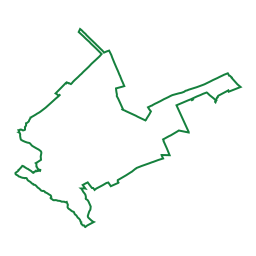 Gheraesti, Neamt, Romania (Equal Earth projection)
{"feature_id": "2599482B79916457112257", "entity_name": "Gheraesti", "entity_type": "district", "adm_level": 2, "iso_a3": "ROU", "parent_name": "Romania", "parent_adm1": "Neamt", "projection": "equal_earth", "projection_center": [26.813, 47.034], "detail": "fine", "context": "isolated", "style": "outline", "palette": "green", "viewbox_px": 256, "rotation_deg": 0, "n_neighbors": 0, "source": "geoboundaries", "source_scale": "gbopen_adm2", "svg_char_len": 5596}
<svg xmlns="http://www.w3.org/2000/svg" viewBox="0 0 256 256"><path d="M163.1,158.5L161.7,155.5L161.6,155.0L169.6,155.2L167.3,149.5L166.8,148.3L163.6,141.2L163.5,140.9L163.6,140.6L163.4,140.0L163.1,139.4L169.5,135.9L170.1,135.7L170.7,135.4L177.6,131.3L178.8,130.5L188.7,132.5L188.7,132.0L176.5,105.3L188.0,100.4L191.1,99.2L191.9,100.2L192.9,99.6L192.1,98.7L197.0,96.4L200.3,95.1L203.1,93.8L206.7,92.5L206.9,92.6L207.3,92.9L208.4,94.0L208.9,94.4L209.2,94.8L209.4,95.0L213.6,98.3L215.1,99.7L215.4,100.2L215.4,100.9L215.1,101.6L215.1,101.9L215.5,102.3L216.0,101.0L216.3,100.4L216.6,100.1L217.3,99.8L215.9,100.3L217.1,97.4L217.5,97.1L217.7,97.3L217.8,97.2L217.9,96.3L218.2,95.8L228.3,90.4L228.7,91.7L240.6,87.0L237.5,84.4L231.6,77.8L231.8,77.5L229.9,75.8L229.0,75.6L228.6,74.6L227.8,73.3L223.7,74.9L223.2,75.2L219.4,77.0L217.5,78.0L213.1,80.0L210.0,81.6L206.3,83.4L204.7,84.2L203.2,84.8L199.7,86.1L196.7,87.2L188.7,89.7L187.1,90.4L185.5,90.8L184.1,91.8L181.7,92.7L178.6,93.4L172.4,95.1L170.4,96.0L168.0,97.3L167.7,97.4L166.3,98.1L164.1,99.1L160.3,101.2L158.2,102.2L157.7,102.5L154.9,103.8L153.3,104.7L152.7,105.0L151.9,105.6L151.3,105.7L148.0,107.3L149.1,109.1L150.9,111.4L149.3,114.4L146.6,118.6L146.0,119.9L145.6,120.1L145.4,120.4L143.5,119.5L137.6,116.7L135.8,115.7L125.8,111.1L124.9,110.6L123.7,110.1L123.1,109.9L122.3,109.4L122.8,108.8L122.5,108.2L120.6,104.0L118.7,99.8L118.2,98.7L116.9,96.3L116.8,96.1L116.9,94.3L116.5,92.5L116.2,90.5L116.1,89.2L116.0,88.5L116.0,88.4L121.9,86.8L124.3,86.1L122.2,81.2L121.9,80.7L120.9,78.1L120.3,76.7L120.1,75.9L119.8,75.5L119.3,74.4L117.9,70.9L117.5,70.1L117.3,69.5L117.1,69.2L114.3,62.7L112.2,57.5L111.3,55.0L111.1,54.6L110.0,52.4L109.1,50.6L106.5,51.5L104.0,52.6L103.2,51.5L101.7,49.9L100.9,49.2L97.8,46.1L96.5,44.9L95.3,43.6L94.4,42.8L93.7,42.1L89.3,37.9L87.2,35.8L86.7,35.4L85.6,34.0L83.9,32.5L83.2,31.9L82.4,31.0L81.7,30.3L80.5,29.3L80.1,29.0L79.1,31.2L78.7,32.0L83.1,36.0L85.5,38.4L89.8,42.3L90.6,43.3L96.1,48.5L101.6,54.0L99.5,56.4L91.4,63.9L88.9,66.6L86.6,68.8L83.5,71.7L81.3,74.0L80.3,74.8L78.0,77.1L74.7,80.1L73.0,81.8L71.9,83.2L70.9,84.1L68.9,83.1L68.7,83.3L66.8,82.4L66.3,83.3L65.8,83.0L62.5,86.4L55.6,93.4L56.8,94.1L57.2,94.5L58.3,95.5L58.5,95.6L59.2,95.1L60.3,94.5L58.1,96.6L55.7,98.6L51.3,102.6L45.6,107.7L40.5,111.6L39.2,112.5L36.7,113.9L36.2,114.3L33.2,116.1L31.7,116.9L31.5,117.1L31.3,117.3L30.5,117.5L30.5,117.8L30.2,118.5L29.7,119.3L29.1,120.4L28.8,121.4L27.3,122.7L26.7,123.1L26.0,123.3L26.1,124.2L26.1,125.3L25.8,126.0L25.4,126.4L25.2,126.7L25.0,126.9L24.9,127.1L25.1,127.4L25.0,127.8L25.0,128.1L25.0,129.4L25.0,129.6L24.9,129.8L23.7,130.3L23.1,130.4L22.5,130.3L21.7,129.7L21.1,129.6L20.6,129.7L20.4,129.7L20.2,129.6L19.9,129.9L19.2,130.1L18.5,130.2L19.0,131.2L19.4,132.4L18.9,132.5L19.7,133.0L19.9,133.4L20.2,134.4L20.1,135.3L20.2,136.6L20.7,139.1L21.1,139.8L22.8,140.8L25.1,141.8L27.4,142.6L28.6,142.8L29.4,143.0L30.1,143.5L31.9,145.6L32.6,146.1L36.5,148.4L38.6,149.5L39.8,150.4L40.8,151.2L41.3,152.2L41.3,153.4L40.7,156.4L41.0,159.8L37.7,162.0L35.8,163.1L36.4,163.6L36.4,164.6L36.4,165.6L36.4,166.6L36.5,166.8L36.9,167.0L37.3,168.0L38.1,169.0L38.3,169.2L38.2,169.3L38.4,169.4L38.8,169.6L39.5,169.7L39.8,169.8L40.3,169.9L40.3,170.1L40.0,170.9L39.5,170.7L38.8,170.6L38.3,170.9L37.3,171.1L36.6,171.1L36.2,171.3L35.8,170.8L34.3,172.0L33.9,172.0L33.5,172.8L32.9,172.7L31.1,171.0L28.8,169.6L28.6,169.4L27.9,168.9L27.6,168.9L26.5,168.3L24.9,167.2L24.6,167.2L24.3,167.0L24.1,166.6L23.6,166.3L22.6,165.9L22.3,165.9L22.2,166.3L21.5,166.9L20.7,167.9L19.6,169.0L19.1,169.7L18.5,169.9L18.4,170.0L18.4,170.6L17.6,171.4L15.7,172.7L15.4,173.1L15.7,174.3L16.6,174.9L17.7,175.4L18.7,176.4L20.0,176.8L21.0,177.3L22.6,177.8L24.4,178.0L24.7,178.1L24.8,178.2L25.5,178.0L26.0,178.0L26.3,178.1L26.7,178.3L27.4,179.7L27.8,180.2L28.2,180.6L30.3,181.9L30.8,182.3L31.7,183.3L32.2,183.6L33.0,183.9L33.2,184.0L33.5,184.7L34.7,184.8L35.6,185.3L36.0,185.7L36.8,186.5L37.5,187.4L37.9,187.6L38.4,188.1L39.2,188.5L41.1,190.5L41.5,190.7L42.2,190.9L42.6,191.0L43.6,190.9L43.8,191.0L44.6,191.5L44.9,191.8L45.0,192.1L45.1,192.3L45.6,192.4L46.3,192.8L47.2,193.2L48.8,194.3L50.4,195.2L50.8,195.6L50.9,195.8L51.1,196.3L51.3,197.1L50.8,197.5L50.6,197.9L50.6,198.2L50.9,198.5L52.2,199.3L52.9,199.9L53.6,200.2L54.2,200.2L55.8,200.1L57.1,200.4L57.7,200.7L59.9,200.9L61.0,201.3L61.2,201.5L61.7,201.7L63.6,201.7L64.6,201.8L65.0,202.1L65.6,202.3L66.7,201.9L66.8,202.2L66.8,202.6L67.3,203.4L67.9,205.0L67.7,205.5L67.6,206.3L67.6,207.3L67.9,207.9L68.6,208.7L70.8,210.2L71.0,210.5L71.7,211.0L72.8,211.6L73.6,211.8L74.0,212.2L74.5,213.7L75.3,214.7L75.7,214.9L76.4,215.5L77.8,217.7L78.7,218.3L79.8,219.6L80.3,220.5L80.5,221.6L80.9,222.0L81.3,222.2L81.3,222.4L81.2,222.6L81.1,223.1L81.1,223.5L81.5,224.0L82.3,224.6L82.5,224.8L82.6,225.3L82.9,225.4L84.2,225.5L84.9,226.8L85.3,227.0L87.2,225.5L93.8,222.0L92.7,221.5L91.1,220.2L88.5,217.8L87.9,216.9L87.8,215.9L89.2,211.5L90.2,209.9L90.4,209.4L90.7,206.5L88.4,201.3L87.5,200.0L85.9,199.0L85.7,198.5L85.9,197.7L85.8,196.3L85.3,194.5L84.2,193.0L83.3,191.9L81.6,188.9L81.1,188.5L83.7,188.4L84.9,188.4L85.3,188.5L82.7,185.0L86.2,183.1L86.4,183.1L87.7,182.4L90.3,185.9L91.9,187.9L92.0,188.0L93.1,188.0L93.4,188.3L94.6,189.9L94.8,189.7L95.4,189.3L96.2,188.6L99.3,187.0L102.7,185.2L106.4,183.0L106.6,182.9L107.4,182.8L108.3,182.5L110.8,186.2L118.4,182.8L118.5,182.6L118.4,182.5L118.0,181.9L117.8,181.4L117.7,181.0L117.8,180.1L119.4,179.2L126.1,175.3L131.1,172.1L131.7,171.8L135.4,168.8L136.2,168.4L136.5,168.0L137.8,167.5L141.6,166.0L149.0,163.4L151.9,162.3L153.2,161.9L158.3,160.0L163.1,158.5Z" fill="none" stroke="#15803d" stroke-width="2"/></svg>